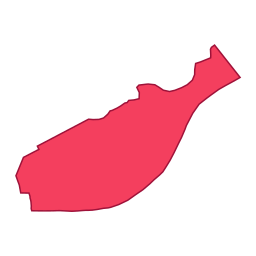 Russey Keo, Phnom Penh, Cambodia, rotated 91°
{"feature_id": "14789045B60405895501285", "entity_name": "Russey Keo", "entity_type": "district", "adm_level": 2, "iso_a3": "KHM", "parent_name": "Cambodia", "parent_adm1": "Phnom Penh", "projection": "robinson", "projection_center": [104.893, 11.621], "detail": "fine", "context": "isolated", "style": "filled", "palette": "rose", "viewbox_px": 256, "rotation_deg": 91, "n_neighbors": 0, "source": "geoboundaries", "source_scale": "gbopen_adm2", "svg_char_len": 1276}
<svg xmlns="http://www.w3.org/2000/svg" viewBox="0 0 256 256"><g transform="rotate(91 128 128)"><path d="M212.4,222.8L212.4,218.7L212.3,209.6L212.1,201.7L211.9,197.9L211.8,194.6L212.2,182.7L211.8,177.0L211.3,172.1L211.0,168.4L211.0,166.5L210.7,162.1L210.0,157.5L208.7,151.0L208.2,146.4L207.6,143.9L204.7,135.9L200.2,126.9L194.5,119.2L189.4,112.0L183.3,105.1L179.2,101.0L174.5,95.7L171.2,92.4L166.0,89.2L159.4,85.3L151.6,81.4L146.6,79.1L142.9,77.4L136.4,74.3L128.3,71.0L124.5,69.7L120.1,67.5L112.1,63.5L102.9,57.3L96.7,49.7L93.1,45.0L87.8,37.9L83.7,31.0L80.9,26.0L77.6,20.3L75.5,16.8L43.6,42.9L45.9,46.0L47.8,46.9L53.9,46.5L56.4,46.6L58.6,51.8L60.6,56.5L62.3,61.5L68.6,62.3L73.5,62.3L79.1,64.5L83.7,69.5L86.7,75.0L89.5,81.8L90.8,87.1L89.6,93.3L86.8,97.6L84.3,101.9L83.7,108.6L84.0,111.2L84.3,113.4L84.9,117.8L87.2,119.9L92.4,117.3L98.5,117.4L99.8,122.4L100.4,127.7L102.6,129.3L103.1,131.6L106.1,135.7L108.3,139.3L110.7,144.2L111.2,146.2L114.5,148.4L118.4,152.6L119.9,157.1L120.2,163.0L120.0,165.9L119.9,167.6L134.6,194.4L147.7,218.3L150.9,216.7L159.2,232.0L177.7,239.2L182.8,237.3L186.9,235.7L194.8,234.1L194.8,228.5L194.8,225.9L198.0,224.8L199.7,224.7L202.0,224.0L203.6,223.7L207.8,223.3L210.3,223.4L212.4,222.8Z" fill="#f43f5e" stroke="#9f1239" stroke-width="1.5"/></g></svg>